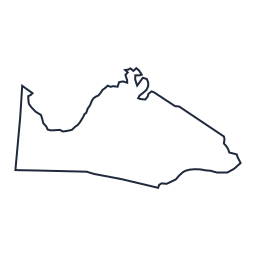 Antônio Martins, Rio Grande do Norte, Brazil
{"feature_id": "56859067B13726500765771", "entity_name": "Antônio Martins", "entity_type": "district", "adm_level": 2, "iso_a3": "BRA", "parent_name": "Brazil", "parent_adm1": "Rio Grande do Norte", "projection": "natural_earth1", "projection_center": [-37.923, -6.207], "detail": "fine", "context": "isolated", "style": "outline", "palette": "slate", "viewbox_px": 256, "rotation_deg": 0, "n_neighbors": 0, "source": "geoboundaries", "source_scale": "gbopen_adm2", "svg_char_len": 1326}
<svg xmlns="http://www.w3.org/2000/svg" viewBox="0 0 256 256"><path d="M158.1,187.8L159.2,184.8L161.6,183.4L166.7,183.8L175.7,179.5L179.3,175.4L182.9,172.2L185.4,170.8L189.4,169.7L194.9,169.2L200.3,169.4L206.0,170.4L210.3,170.7L216.9,172.5L227.3,172.5L229.9,171.1L234.1,168.8L240.6,163.0L237.7,157.4L236.7,154.4L229.3,152.5L228.2,149.3L226.5,146.4L223.9,143.5L224.5,139.1L223.9,136.5L179.1,106.5L175.0,106.1L153.8,92.2L151.5,91.4L148.5,93.8L147.7,96.5L145.3,99.5L140.6,99.1L138.2,98.2L139.6,95.5L142.7,93.2L144.8,91.4L146.6,89.7L148.2,86.1L148.2,82.5L146.8,79.0L142.8,77.8L137.2,85.6L136.3,83.1L135.2,79.6L135.3,75.3L139.5,75.4L141.7,74.7L139.1,70.6L136.3,68.2L133.4,70.9L130.4,68.4L128.3,69.6L125.2,70.0L127.7,72.4L125.4,75.0L127.1,80.1L127.2,82.7L122.9,81.4L119.1,82.2L117.6,86.7L112.9,86.2L110.6,86.8L107.7,85.7L104.8,88.3L102.5,90.0L100.5,93.0L98.4,95.5L95.9,96.6L93.6,98.2L91.9,100.6L90.2,105.0L87.6,108.8L86.3,112.7L84.4,114.2L83.2,117.0L79.9,122.3L77.5,125.2L75.3,126.6L71.8,129.9L66.6,131.0L62.9,131.5L59.9,129.9L56.5,130.1L53.2,130.3L50.5,130.3L47.6,129.5L46.3,126.5L43.3,123.2L42.3,119.2L41.0,115.0L35.5,111.6L31.3,107.2L28.8,103.7L28.4,99.8L28.2,96.2L30.7,95.0L32.5,93.2L22.2,85.8L20.2,117.4L15.4,170.1L36.9,170.5L86.6,171.7L93.9,173.9L121.8,179.2L158.1,187.8Z" fill="none" stroke="#1e293b" stroke-width="2"/></svg>